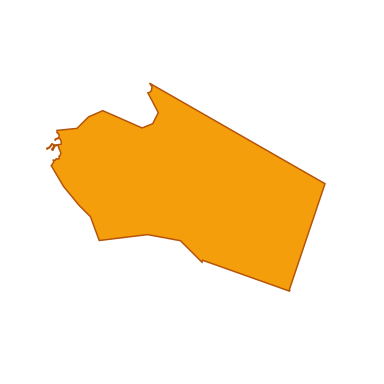 outline of 48, Ad Dawhah, Qatar, rotated 315°
{"feature_id": "91078587B17099224452406", "entity_name": "48", "entity_type": "district", "adm_level": 2, "iso_a3": "QAT", "parent_name": "Qatar", "parent_adm1": "Ad Dawhah", "projection": "robinson", "projection_center": [51.565, 25.262], "detail": "fine", "context": "isolated", "style": "filled", "palette": "amber", "viewbox_px": 384, "rotation_deg": 315, "n_neighbors": 0, "source": "geoboundaries", "source_scale": "gbopen_adm2", "svg_char_len": 1288}
<svg xmlns="http://www.w3.org/2000/svg" viewBox="0 0 384 384"><g transform="rotate(315 192 192)"><path d="M190.8,331.0L191.6,330.7L191.4,330.1L291.9,280.2L238.9,85.0L238.2,89.3L234.8,91.7L232.6,91.6L230.9,90.7L227.8,100.8L224.2,112.1L212.5,115.9L202.0,111.4L198.8,103.3L192.7,87.5L186.4,71.4L172.0,65.7L155.7,65.7L140.1,53.0L139.9,53.5L139.2,53.9L138.8,54.1L138.6,54.5L138.7,57.0L138.2,57.8L137.4,58.6L136.0,59.4L135.5,59.2L134.8,58.6L133.3,58.1L132.5,58.1L131.9,58.3L131.9,58.6L133.1,58.6L133.9,58.7L134.5,58.9L134.9,59.3L134.9,59.5L135.3,59.8L136.4,60.8L136.0,62.0L135.4,63.3L134.5,64.7L133.5,65.7L133.1,65.6L128.1,61.7L127.0,58.8L122.8,59.4L120.2,58.5L119.8,58.8L120.0,59.3L120.8,59.4L122.7,60.0L126.4,59.4L126.9,59.8L127.5,61.4L124.4,62.6L123.8,62.4L123.3,62.5L123.0,62.8L122.8,63.1L122.8,63.5L123.1,64.1L127.4,62.6L129.8,63.7L130.3,64.5L129.9,65.2L128.9,66.8L128.7,67.2L127.4,70.7L126.4,72.1L124.2,72.9L123.9,72.7L123.2,72.7L123.2,73.1L122.6,73.7L121.7,74.2L121.2,74.5L121.1,74.0L119.7,73.1L119.5,72.5L117.7,72.9L116.6,71.3L116.2,71.5L116.3,72.5L115.1,73.0L112.8,73.6L111.1,73.8L110.7,75.5L105.1,97.2L102.7,121.7L102.7,137.8L92.1,160.7L92.2,160.8L116.8,180.0L130.5,190.8L149.4,218.3L149.4,248.7L151.2,247.7L190.8,331.0Z" fill="#f59e0b" stroke="#b45309" stroke-width="1.5"/></g></svg>